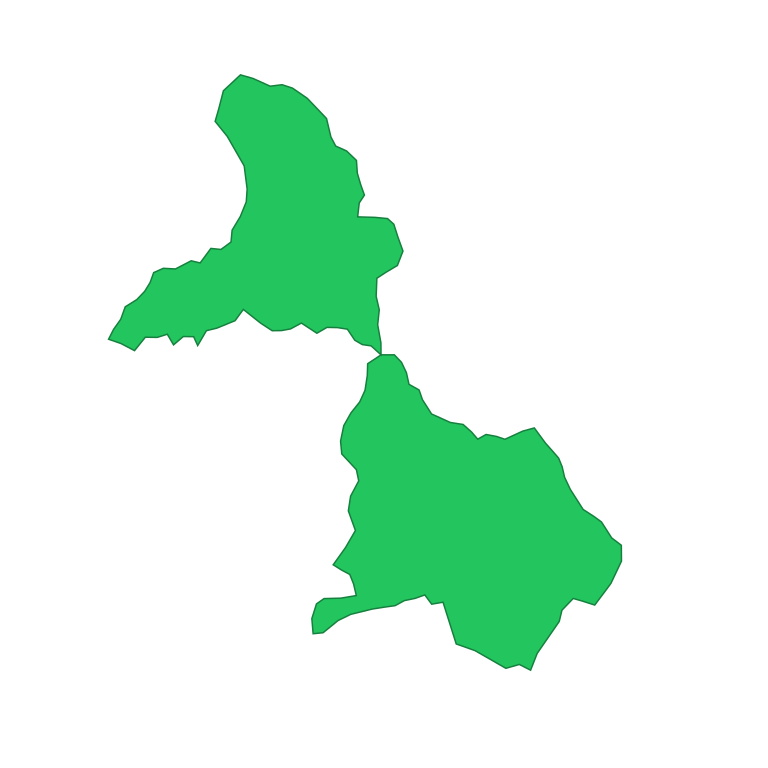 Mauá da Serra, Paraná, Brazil, rotated 196°
{"feature_id": "56859067B71955280503235", "entity_name": "Mauá da Serra", "entity_type": "district", "adm_level": 2, "iso_a3": "BRA", "parent_name": "Brazil", "parent_adm1": "Paraná", "projection": "natural_earth1", "projection_center": [-51.168, -23.916], "detail": "fine", "context": "isolated", "style": "filled", "palette": "green", "viewbox_px": 768, "rotation_deg": 196, "n_neighbors": 0, "source": "geoboundaries", "source_scale": "gbopen_adm2", "svg_char_len": 2068}
<svg xmlns="http://www.w3.org/2000/svg" viewBox="0 0 768 768"><g transform="rotate(196 384 384)"><path d="M394.9,411.2L405.3,399.0L402.4,387.5L400.5,372.7L402.4,360.1L407.8,347.1L411.2,332.9L410.0,317.1L405.3,305.1L386.9,294.0L381.6,283.9L385.2,267.0L383.3,252.2L371.1,235.3L375.9,216.2L383.0,196.2L373.7,193.5L364.4,191.5L358.2,183.5L352.3,173.0L366.6,166.2L382.5,161.2L388.3,154.0L388.7,138.6L383.3,124.4L374.0,128.1L363.0,143.9L352.5,153.4L333.1,164.5L321.9,169.7L312.2,174.0L304.7,181.4L295.0,186.5L286.6,192.5L277.5,185.5L267.1,190.5L242.9,154.0L223.1,152.8L188.5,144.3L176.6,151.7L164.2,149.3L162.5,167.2L150.1,204.0L150.6,215.6L143.0,230.0L133.9,230.0L120.5,229.6L114.3,245.8L110.9,254.9L106.9,279.2L111.4,294.4L122.7,298.8L136.9,311.3L145.3,314.4L158.0,318.3L175.8,334.0L184.7,344.1L189.9,353.5L195.7,360.9L204.0,366.3L212.4,371.6L227.4,383.2L237.6,377.0L252.5,364.2L261.5,364.6L272.0,363.6L278.7,356.8L286.6,362.0L296.8,366.9L309.7,365.3L330.0,368.3L342.7,379.5L348.6,387.9L359.9,390.6L365.6,401.1L373.2,409.7L382.1,414.9L394.9,411.2ZM607.2,641.6L619.2,621.6L618.7,603.1L618.7,589.9L602.9,578.8L578.5,555.1L569.3,533.7L566.6,521.1L568.3,505.3L572.4,490.0L570.2,478.3L577.8,468.4L587.8,466.6L594.1,449.7L603.3,449.3L616.2,437.1L628.0,434.4L636.1,427.6L636.8,417.1L639.6,407.1L644.9,397.0L654.0,386.9L654.9,373.7L659.0,362.0L661.1,351.1L648.0,350.4L633.0,347.3L626.3,363.2L614.8,366.3L606.0,372.1L597.1,363.6L590.0,374.3L580.0,377.0L573.7,369.6L569.4,386.3L560.1,391.6L544.6,403.8L539.8,416.9L519.4,408.5L506.2,404.4L497.2,407.1L489.0,411.2L480.2,419.8L462.5,414.3L454.4,422.7L444.2,425.4L434.3,426.6L424.1,418.0L415.7,415.9L406.9,417.1L394.9,411.2L398.3,422.7L406.4,439.2L409.0,454.0L415.7,466.1L420.0,483.7L413.1,491.7L403.8,501.6L402.4,517.0L411.2,529.2L418.6,540.3L426.2,544.0L438.6,541.7L455.4,537.4L457.7,551.2L454.9,560.2L461.4,569.3L467.8,579.4L472.1,591.3L484.2,597.7L496.0,599.4L503.1,606.8L512.4,623.3L520.3,628.0L536.6,637.5L553.5,643.2L564.5,643.6L575.5,638.9L594.1,641.6L607.2,641.6Z" fill="#22c55e" stroke="#15803d" stroke-width="1.5"/></g></svg>